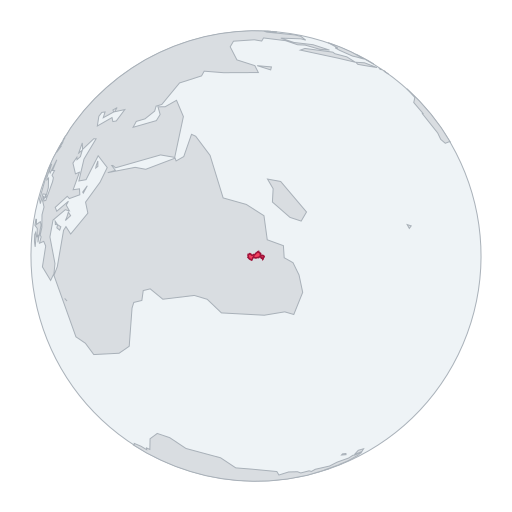 Midlands on an orthographic globe, rotated 296°
{"feature_id": "ZWE-527", "entity_name": "Midlands", "entity_type": "Province", "adm_level": 1, "iso_a3": "ZWE", "parent_name": "Zimbabwe", "parent_adm1": "", "projection": "orthographic", "projection_center": [29.518, -19.087], "detail": "fine", "context": "on_globe", "style": "filled", "palette": "rose", "viewbox_px": 512, "rotation_deg": 296, "n_neighbors": 0, "source": "natural_earth", "source_scale": "10m", "svg_char_len": 7261}
<svg xmlns="http://www.w3.org/2000/svg" viewBox="0 0 512 512"><g transform="rotate(296 256 256)"><circle cx="256" cy="256" r="225" fill="#eef3f6" stroke="#a8b0b8"/><path d="M32.5,228.0L32.3,229.6L34.2,228.7L34.6,236.1L34.0,242.7L35.5,241.7L35.6,245.4L45.3,240.9L53.2,245.0L54.9,258.1L52.3,277.4L59.1,312.7L56.7,330.7L62.4,345.2L71.4,369.2L69.2,372.6L76.2,380.0L80.3,387.9L80.6,391.3L86.2,397.9L86.7,400.3L90.3,402.8L99.4,414.1L106.3,419.3L115.0,427.8L119.6,430.6L119.9,431.5L122.3,433.8L125.3,435.8L122.5,435.6L112.4,428.6L106.5,423.4L106.7,424.0L93.4,411.0L96.6,414.7L81.1,397.9L69.3,382.0L59.7,366.6L52.4,352.4L46.1,337.8L40.8,322.7L36.6,307.3L33.6,291.7L31.6,275.8L30.8,259.9L31.0,243.9L32.5,228.0ZM129.9,437.2L124.1,436.6L126.1,436.4L120.7,431.5L126.2,433.1L129.9,437.2ZM116.9,424.0L114.6,420.1L116.1,420.5L117.9,423.4L116.9,424.0ZM255.9,30.7L273.3,31.7L270.1,31.9L261.7,31.4L268.9,32.7L268.6,32.1L273.0,32.6L275.6,32.1L278.8,32.5L275.8,31.7L280.0,32.1L281.8,32.6L289.3,33.2L295.8,34.3L311.4,37.6L326.8,42.1L341.7,47.7L356.3,54.3L370.3,61.9L383.8,70.4L396.6,80.0L408.7,90.4L420.0,101.6L430.6,113.6L440.2,126.3L448.9,139.7L456.7,153.6L463.4,168.1L463.3,167.9L464.6,171.1L461.5,164.2L462.0,167.7L471.7,193.9L473.1,200.0L471.8,206.1L470.9,201.2L462.7,182.8L464.6,196.6L470.9,214.6L473.3,231.8L469.8,222.9L467.1,207.7L464.1,200.8L462.5,188.2L455.3,167.2L451.7,166.9L449.6,159.7L439.2,141.6L432.7,141.1L423.9,152.9L426.6,171.5L421.9,177.7L406.5,146.4L399.4,128.4L394.0,128.1L378.0,111.4L350.9,104.9L346.9,100.5L341.8,101.4L330.6,96.1L324.5,89.4L317.8,89.1L334.0,107.1L341.2,107.8L347.1,102.5L350.3,108.9L361.1,116.3L349.5,129.6L309.0,139.7L305.0,125.9L273.7,91.1L274.6,87.7L274.5,87.3L274.1,86.6L271.3,92.1L265.9,86.2L282.7,108.5L285.6,118.9L308.5,140.4L306.4,142.5L313.7,147.5L337.1,144.7L337.2,149.3L326.3,170.6L293.8,201.0L298.1,224.7L295.7,245.5L275.5,259.0L277.3,276.1L266.8,282.1L266.2,292.2L257.8,303.0L243.8,313.9L220.0,315.6L218.4,306.3L206.4,289.4L189.7,249.9L195.7,231.1L193.5,217.8L176.3,191.2L180.1,175.3L175.5,169.8L166.0,172.9L160.7,166.5L154.9,167.4L119.3,181.6L108.6,175.6L96.3,153.4L102.8,140.9L104.4,129.6L150.0,82.9L159.3,82.1L194.7,71.8L199.1,72.3L194.5,79.8L220.8,86.1L229.7,79.2L254.0,83.5L270.3,83.5L276.9,70.2L250.1,69.8L245.8,63.9L267.7,58.9L291.2,60.9L290.3,58.8L275.8,53.4L281.5,50.3L270.8,51.5L274.9,53.5L268.3,54.6L264.1,52.9L266.3,51.7L259.3,50.7L250.7,57.7L253.9,60.6L235.4,62.6L239.0,67.9L233.8,70.8L225.8,63.1L226.9,60.2L211.7,54.2L208.9,57.3L223.0,63.4L218.5,63.2L214.8,68.5L214.0,64.3L199.3,57.8L182.8,62.4L161.1,78.6L151.7,82.1L144.0,82.1L152.6,68.8L172.8,62.6L176.1,58.8L172.6,55.8L179.0,54.5L180.1,52.9L187.8,51.0L199.2,45.6L207.1,44.0L212.2,39.9L217.0,38.8L212.6,41.3L213.8,42.7L233.6,40.6L237.5,39.6L239.2,37.3L244.5,37.5L243.6,35.6L255.2,34.8L240.3,34.6L241.9,33.1L249.2,32.0L247.0,31.7L235.1,33.7L232.8,34.7L235.1,35.4L226.4,39.4L219.5,40.7L218.4,37.3L208.5,39.2L212.1,36.6L242.1,31.2L251.1,30.8L255.9,30.7ZM134.0,102.6L132.7,105.9L134.0,102.6ZM316.1,71.2L330.1,73.9L323.6,65.6L328.5,66.1L324.5,63.4L323.1,65.0L313.3,58.1L319.3,57.2L317.5,54.5L312.7,53.5L303.3,56.4L317.3,65.9L314.1,68.4L316.1,71.2ZM178.3,47.7L180.7,47.6L177.5,49.7L167.4,53.5L172.1,50.4L178.3,47.7ZM184.9,47.3L186.7,43.8L193.0,41.9L189.1,43.4L193.1,42.5L188.0,44.8L192.3,47.1L189.7,49.2L172.6,54.0L179.6,51.0L176.9,51.0L184.9,47.3ZM204.3,69.1L207.8,69.0L213.2,68.1L211.0,71.7L204.3,69.1ZM194.0,64.7L197.2,63.8L196.7,67.8L193.2,68.2L194.0,64.7ZM199.3,60.2L197.4,63.4L196.3,61.9L199.3,60.2ZM215.6,40.7L219.0,40.0L219.2,40.5L217.1,41.5L215.6,40.7ZM272.1,72.2L267.2,74.6L264.8,73.4L267.0,72.8L272.1,72.2ZM237.5,72.2L245.2,73.6L236.8,73.2L237.5,72.2ZM350.5,378.1L351.1,382.3L348.0,381.7L350.5,378.1ZM333.8,245.5L317.7,282.1L307.2,281.3L305.6,269.6L311.7,247.1L324.0,241.9L330.2,232.6L333.8,245.5ZM478.1,290.7L477.8,294.4L477.6,295.4L478.1,290.7ZM478.6,284.2L478.7,287.7L478.2,285.9L478.6,284.2ZM478.4,291.9L478.6,289.1L478.6,290.5L478.6,290.4L478.4,291.9ZM478.4,282.1L474.9,270.5L472.9,263.5L473.9,260.8L477.2,268.8L478.4,282.1ZM473.7,260.4L469.9,243.5L460.5,205.6L464.0,209.0L472.9,235.7L472.4,238.2L474.8,250.3L473.7,260.4ZM480.6,238.8L480.8,241.2L481.2,252.0L480.9,257.7L480.3,266.6L479.0,259.4L478.0,255.0L477.5,240.9L477.8,235.9L478.8,238.4L479.4,227.3L480.6,238.8ZM427.6,173.6L432.7,187.0L429.7,187.6L427.6,173.6ZM466.7,176.7L465.8,175.3L464.7,172.3L465.1,172.4L466.7,176.7ZM443.2,381.3L444.0,380.1L440.3,376.7L441.8,370.9L446.2,365.4L457.1,342.6L457.1,344.2L463.1,330.5L468.1,329.3L472.5,318.3L467.0,334.9L460.3,350.9L452.4,366.4L443.2,381.3ZM480.8,271.2L480.2,277.7L480.3,275.8L481.0,265.4L481.3,257.5L480.8,271.2Z" fill="#d9dde1" stroke="#a8b0b8" stroke-width="1"/><path d="M259.1,255.1L259.3,255.2L259.5,255.3L259.8,255.4L259.9,255.5L260.1,255.5L260.4,255.6L260.3,255.8L260.5,256.0L260.4,256.2L260.4,256.3L260.5,256.3L260.8,256.7L261.0,256.7L260.5,257.2L260.4,257.2L260.5,257.2L260.6,257.3L260.5,257.5L260.5,257.8L260.4,258.0L260.5,258.1L260.4,258.5L260.3,258.8L260.3,259.0L260.2,259.1L259.9,259.0L259.5,259.0L259.4,259.1L259.5,259.2L259.5,259.3L259.4,259.4L259.4,259.5L258.7,259.6L258.4,259.7L258.4,259.8L258.4,260.0L258.3,260.3L258.5,260.4L258.7,260.5L258.6,260.8L258.7,261.0L258.8,261.0L259.0,261.1L259.1,261.3L259.3,261.4L259.3,261.5L259.5,261.7L259.5,261.8L259.4,261.9L259.5,262.0L259.6,262.3L259.5,262.5L259.4,262.8L259.4,263.2L259.4,263.3L259.0,263.7L258.9,263.7L258.7,263.7L258.3,263.6L258.1,263.5L258.0,263.4L257.9,263.3L257.8,263.2L257.7,263.2L257.1,263.6L256.8,263.6L256.7,263.6L256.3,263.7L256.2,263.7L255.9,263.6L256.4,263.2L256.6,262.2L256.4,262.2L256.3,261.9L256.4,261.7L256.5,261.5L256.8,261.5L256.8,261.3L256.8,261.2L257.0,260.6L257.1,260.4L257.3,259.8L257.2,259.6L257.0,259.4L256.7,259.5L256.6,259.3L256.4,259.3L256.2,259.2L255.9,259.1L255.7,259.1L255.6,258.9L255.7,258.7L255.5,258.4L255.4,258.3L255.4,258.2L255.2,257.9L254.4,257.1L254.5,257.0L254.5,256.9L254.1,256.5L254.1,256.4L254.1,256.2L254.0,255.8L253.9,255.8L253.9,255.7L253.6,254.7L253.9,254.5L254.5,254.2L253.1,254.0L253.0,253.9L252.9,253.9L252.7,253.9L252.6,254.0L252.4,254.0L252.2,254.0L251.9,254.0L251.7,254.0L251.2,254.0L250.9,254.0L250.8,253.9L250.6,254.0L250.5,253.9L250.4,253.9L250.4,252.6L250.5,252.6L250.6,252.4L250.6,252.2L250.4,252.0L250.4,251.9L250.4,251.7L250.5,251.6L250.6,251.4L250.6,251.2L250.6,250.9L250.7,250.7L250.8,250.7L251.0,250.6L251.0,250.4L251.1,250.2L251.1,249.9L251.2,249.7L251.2,249.4L251.4,249.4L251.5,249.4L251.8,249.3L252.0,249.3L252.3,249.3L252.4,249.2L252.5,249.0L252.6,248.9L252.7,248.7L252.8,248.7L253.0,248.7L253.4,248.4L253.5,248.4L253.8,248.3L253.8,248.5L254.0,248.7L254.2,248.8L254.3,248.9L254.5,248.9L254.8,249.0L255.0,249.0L255.1,249.3L255.4,249.6L255.5,249.6L255.5,249.8L255.4,249.9L255.3,250.0L255.2,250.1L255.3,250.2L255.3,250.3L255.3,250.5L255.2,250.7L255.3,250.8L255.2,250.9L255.1,251.0L255.0,251.3L254.9,251.6L254.8,251.8L254.9,252.0L255.0,252.2L255.0,252.3L255.1,252.5L255.4,252.6L255.5,252.8L256.1,253.1L256.3,253.2L256.3,253.3L256.2,253.4L256.2,253.5L256.2,253.8L256.2,254.0L256.3,254.1L256.5,254.2L256.8,254.2L256.9,254.3L257.0,254.3L257.3,254.5L257.6,254.6L257.9,254.6L258.0,254.6L258.3,254.6L258.5,254.7L258.6,254.8L258.8,254.9L259.0,255.0L259.1,255.1Z" fill="#f43f5e" stroke="#9f1239" stroke-width="1.5"/></g></svg>